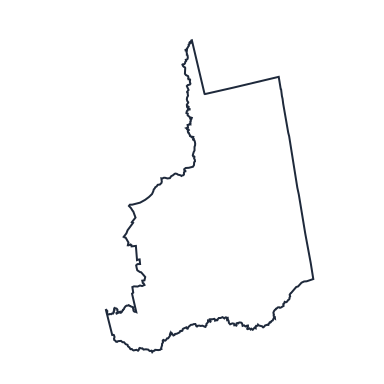 outline of Dolores, Petén, Guatemala, rotated 347°
{"feature_id": "79465075B81519160116587", "entity_name": "Dolores", "entity_type": "district", "adm_level": 2, "iso_a3": "GTM", "parent_name": "Guatemala", "parent_adm1": "Petén", "projection": "robinson", "projection_center": [-89.465, 16.645], "detail": "fine", "context": "isolated", "style": "outline", "palette": "slate", "viewbox_px": 384, "rotation_deg": 347, "n_neighbors": 0, "source": "geoboundaries", "source_scale": "gbopen_adm2", "svg_char_len": 6044}
<svg xmlns="http://www.w3.org/2000/svg" viewBox="0 0 384 384"><g transform="rotate(347 192 192)"><path d="M302.4,99.3L256.0,99.6L226.6,99.5L226.3,99.2L226.0,44.1L225.4,44.2L225.0,44.9L224.4,45.2L224.5,46.0L224.3,46.3L223.3,45.7L223.1,45.9L223.0,47.1L221.9,47.6L221.9,48.8L221.2,49.2L220.1,50.6L219.4,51.0L219.2,51.9L217.7,52.0L217.6,52.8L218.7,53.4L218.1,55.0L218.2,56.1L217.8,57.2L218.4,57.8L218.2,59.9L217.7,61.2L217.2,61.7L215.7,61.8L215.7,63.1L214.6,63.8L214.3,64.8L213.3,65.7L211.6,65.5L211.3,65.7L211.6,67.2L212.1,68.1L213.1,68.9L213.3,69.6L211.7,75.2L212.4,76.7L214.2,78.2L214.3,79.5L213.8,80.5L213.9,81.4L215.2,81.7L215.4,82.3L214.7,84.1L214.8,86.2L214.1,86.8L211.8,86.9L210.8,87.6L211.6,91.8L209.7,93.4L209.7,93.8L210.2,94.4L209.9,95.2L209.8,97.3L208.5,98.8L207.8,100.5L207.9,102.4L208.5,103.7L208.4,104.1L206.6,105.8L206.3,108.0L206.7,109.0L207.3,108.7L207.7,108.0L207.9,108.2L207.4,109.6L207.5,110.0L208.4,110.7L208.2,111.1L207.2,110.7L206.4,110.9L206.1,111.7L205.2,112.0L204.3,113.8L205.5,114.7L205.0,116.1L205.1,116.5L206.5,118.2L206.7,119.4L207.6,119.2L208.5,119.7L207.8,120.8L206.9,121.3L206.9,122.5L206.2,123.0L206.0,124.7L205.7,125.7L204.9,125.1L204.3,125.8L202.8,125.7L202.6,128.3L200.9,128.5L201.4,129.0L201.2,129.4L201.3,129.7L202.7,130.5L202.9,130.9L201.6,131.7L201.6,133.3L202.2,133.6L202.5,135.7L202.8,136.1L202.7,137.1L203.5,137.5L203.9,138.5L205.0,138.3L205.6,138.6L205.1,139.3L205.6,140.3L204.9,140.8L204.8,141.1L205.0,141.5L205.7,141.6L205.9,142.1L206.1,143.8L206.0,145.5L205.5,147.2L204.6,148.6L203.8,152.1L202.6,153.5L201.0,156.4L201.2,157.6L202.1,157.8L202.3,158.3L201.6,159.8L202.0,161.2L201.8,162.8L200.8,163.5L200.0,166.2L198.6,167.6L194.3,167.7L191.4,167.2L189.9,167.8L189.5,168.1L189.4,169.0L190.3,169.9L190.2,170.4L189.4,170.4L188.6,171.0L188.1,173.1L187.4,173.7L185.8,173.7L185.4,174.0L184.2,172.9L182.3,172.0L181.3,170.9L179.9,170.3L179.2,170.4L177.0,171.5L175.3,171.9L173.6,173.5L171.2,173.3L168.8,172.0L167.4,171.8L166.2,172.2L165.2,171.8L164.9,175.1L164.3,176.3L162.4,177.5L160.2,177.3L158.8,178.6L157.3,179.1L156.4,180.2L155.3,180.9L154.5,182.5L152.6,185.0L148.9,187.2L144.6,189.1L139.0,190.7L130.9,190.9L128.6,190.4L127.4,191.4L128.9,193.9L129.9,196.9L130.4,197.7L131.2,204.2L126.6,207.9L127.6,208.8L120.6,214.8L118.8,217.5L115.4,220.3L115.7,220.5L115.8,220.9L117.1,221.6L118.7,226.9L117.5,229.5L118.2,229.7L118.9,229.2L119.8,229.7L120.4,229.4L120.7,230.1L121.0,230.2L120.9,231.4L125.2,231.9L123.1,246.0L124.6,245.8L125.8,245.9L125.2,250.5L122.6,250.0L121.1,250.9L121.0,253.7L121.1,256.0L123.3,258.3L124.4,258.8L127.3,264.3L125.8,267.4L123.6,267.2L123.6,269.6L124.3,270.1L124.8,271.9L122.2,272.4L120.3,271.4L117.8,271.9L114.2,270.9L112.5,271.2L112.1,276.8L110.7,277.6L110.7,296.5L109.6,295.7L109.0,295.7L108.4,294.8L108.3,294.0L108.6,293.4L108.3,292.5L108.7,291.1L106.5,289.6L106.3,289.2L105.7,289.0L104.9,288.0L104.0,288.3L102.9,288.0L101.6,288.4L100.1,289.6L99.4,290.7L98.3,291.2L98.2,291.7L97.6,291.9L96.6,293.1L95.8,293.2L95.4,293.7L94.8,293.4L94.9,292.5L94.7,292.5L93.7,292.9L93.1,292.7L92.7,293.2L91.2,293.5L91.1,293.0L92.3,292.6L92.8,291.5L92.5,290.8L92.9,289.9L92.4,288.8L92.1,288.5L90.8,288.1L90.6,287.6L90.1,287.8L89.6,288.9L89.8,289.7L88.8,290.6L89.0,291.3L87.7,292.7L87.0,292.3L85.9,292.9L84.5,292.4L83.7,292.6L82.7,292.4L82.1,291.7L82.2,290.1L82.7,289.0L81.6,286.8L82.1,313.4L83.3,313.5L83.7,313.8L83.9,315.8L83.5,316.7L83.1,317.0L82.9,318.6L84.2,320.1L84.2,320.6L85.2,321.2L86.4,320.7L89.3,321.1L90.5,322.7L92.0,323.1L93.1,325.3L94.8,326.4L94.9,328.0L96.1,329.4L96.5,331.0L96.9,331.4L98.0,331.4L98.7,332.6L99.4,333.2L102.5,333.3L103.7,334.5L104.5,334.0L105.5,332.4L106.1,332.2L107.3,333.0L108.5,333.2L109.3,334.6L111.8,334.9L114.0,335.8L114.5,336.8L115.2,337.5L116.8,337.5L117.2,339.1L118.5,338.1L119.7,338.2L120.6,337.5L123.7,338.5L125.4,338.6L126.1,338.2L126.9,338.1L126.8,337.2L128.4,334.5L128.6,333.3L129.9,332.0L130.0,330.3L130.5,329.8L131.1,329.7L131.7,330.6L132.6,330.8L133.8,330.0L134.8,329.0L135.9,329.2L138.3,327.0L138.4,325.9L139.0,325.0L139.0,325.4L139.8,325.9L140.5,325.0L141.6,327.6L142.8,327.4L143.6,326.5L145.2,326.7L148.3,326.0L149.1,324.9L149.9,324.8L150.1,325.1L151.1,325.1L151.5,324.9L152.1,323.6L152.7,323.2L156.0,322.6L156.3,323.8L157.0,324.2L158.3,322.6L161.0,321.2L162.8,321.4L163.9,321.1L165.6,321.4L166.1,323.8L166.6,324.2L167.6,323.6L169.3,323.9L170.3,324.5L172.1,324.6L174.6,326.5L174.9,326.4L175.3,325.5L176.1,325.1L176.3,323.9L178.3,322.4L178.7,320.7L179.7,321.0L180.6,322.6L181.0,322.4L181.0,321.7L180.2,320.6L180.5,320.0L183.4,320.6L185.2,320.6L185.6,321.2L185.6,322.5L186.8,322.1L187.4,322.7L187.9,322.6L188.3,321.9L189.8,320.8L191.5,321.2L193.6,320.8L195.1,322.5L196.4,321.7L197.1,321.9L197.7,322.5L198.5,322.6L198.4,323.2L197.5,323.4L197.4,324.9L198.5,325.0L198.7,326.0L198.5,327.8L199.4,329.5L201.7,329.1L203.2,329.7L203.4,330.3L203.2,331.4L204.4,331.6L205.2,332.2L205.4,332.0L205.7,330.1L206.6,329.8L207.6,330.4L208.1,329.9L209.1,329.8L210.6,330.4L211.2,331.3L211.2,333.8L212.7,333.6L213.8,335.0L215.6,334.6L216.5,334.7L216.4,335.4L215.1,337.3L215.1,338.0L215.5,338.2L217.3,337.8L218.2,339.2L219.1,338.6L220.2,339.9L222.5,338.2L223.4,339.1L224.0,337.2L224.4,336.8L225.3,337.1L226.2,336.6L226.5,336.1L227.1,337.1L230.1,338.6L230.7,339.8L231.1,339.9L232.2,339.3L233.1,338.5L235.0,338.3L236.5,338.7L236.8,337.8L238.1,337.3L238.2,336.6L238.9,336.3L239.6,336.5L240.5,335.6L241.8,335.3L243.3,333.2L243.9,333.3L244.4,333.9L244.6,332.3L243.7,331.1L243.9,330.2L244.3,329.6L244.1,329.1L244.2,327.8L245.1,326.5L246.4,325.4L247.3,325.2L247.6,324.6L248.6,324.4L249.5,323.8L251.0,323.9L251.6,324.6L252.5,324.6L255.6,323.6L255.7,321.8L256.3,321.7L257.6,319.9L258.6,320.6L259.8,320.3L261.4,318.9L262.5,318.5L263.0,317.9L263.3,316.7L264.2,315.7L264.0,314.2L264.4,313.7L265.4,312.8L265.7,312.8L272.2,308.0L274.1,307.9L278.3,305.0L281.1,304.4L283.7,304.8L290.6,304.1L291.7,288.0L293.0,258.0L295.5,218.5L295.6,211.5L299.2,159.4L299.1,156.0L300.7,126.6L301.2,121.6L301.2,118.8L301.9,112.0L301.6,111.7L302.4,99.3Z" fill="none" stroke="#1e293b" stroke-width="2"/></g></svg>